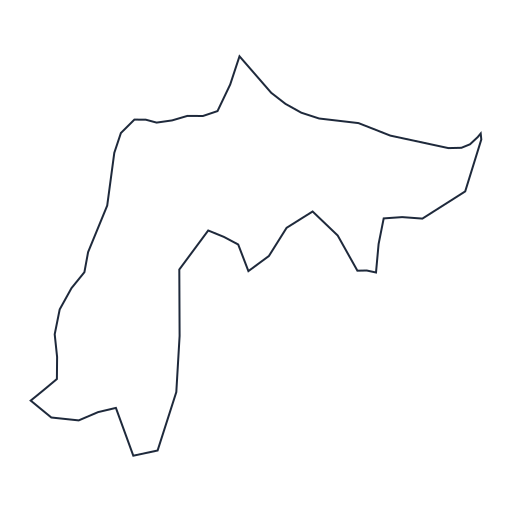 the Province of Espaillat
{"feature_id": "DOM-1967", "entity_name": "Espaillat", "entity_type": "Province", "adm_level": 1, "iso_a3": "DOM", "parent_name": "Dominican Republic", "parent_adm1": "", "projection": "robinson", "projection_center": [-70.375, 19.514], "detail": "fine", "context": "isolated", "style": "outline", "palette": "slate", "viewbox_px": 512, "rotation_deg": 0, "n_neighbors": 0, "source": "natural_earth", "source_scale": "10m", "svg_char_len": 819}
<svg xmlns="http://www.w3.org/2000/svg" viewBox="0 0 512 512"><path d="M239.5,56.3L271.2,92.8L285.5,103.9L301.3,112.7L319.1,118.5L358.5,123.1L390.3,135.6L448.4,148.1L461.4,147.8L470.0,144.3L477.7,137.1L480.7,133.5L481.3,139.5L465.2,191.4L422.4,218.6L402.2,217.1L383.7,218.4L378.6,244.0L376.0,272.5L366.7,270.5L357.4,270.7L337.7,235.5L312.6,211.5L286.6,227.8L268.9,256.0L248.4,271.1L238.2,244.5L223.9,236.9L208.2,230.5L179.3,269.5L179.6,336.0L176.3,392.1L157.6,450.5L133.3,455.7L115.9,407.9L98.1,412.1L78.7,420.4L51.3,417.5L30.7,400.6L43.6,390.1L56.9,379.0L57.1,357.0L54.7,334.3L59.7,309.4L71.5,288.1L84.4,272.2L88.1,252.1L107.2,205.6L114.3,152.8L120.9,133.0L134.4,119.6L145.8,119.7L156.6,122.6L172.1,120.4L187.4,115.9L202.9,116.0L217.5,111.1L230.2,84.5L239.5,56.3Z" fill="none" stroke="#1e293b" stroke-width="2"/></svg>